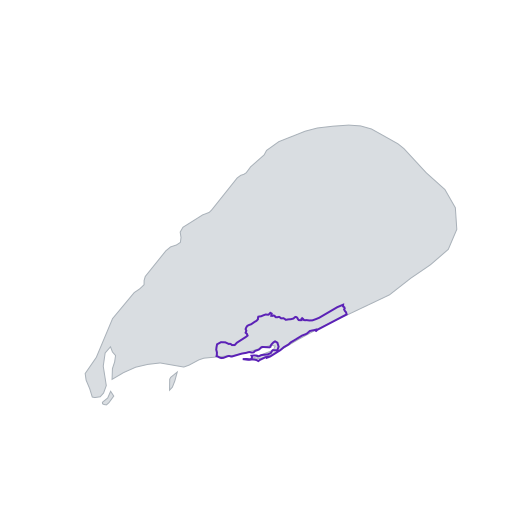 Sri Lanka, with Puttalama highlighted, rotated 249°
{"feature_id": "LKA-2462", "entity_name": "Puttalama", "entity_type": "District", "adm_level": 1, "iso_a3": "LKA", "parent_name": "Sri Lanka", "parent_adm1": "", "projection": "natural_earth1", "projection_center": [79.891, 7.922], "detail": "fine", "context": "in_parent", "style": "outline", "palette": "violet", "viewbox_px": 512, "rotation_deg": 249, "n_neighbors": 0, "source": "natural_earth", "source_scale": "10m", "svg_char_len": 3393}
<svg xmlns="http://www.w3.org/2000/svg" viewBox="0 0 512 512"><g transform="rotate(249 256 256)"><path d="M183.0,52.6L191.7,53.2L201.0,52.9L207.5,54.4L218.6,70.6L249.0,99.7L265.5,129.2L267.0,135.7L269.3,141.2L273.3,142.8L276.6,145.3L293.2,173.8L295.1,179.5L294.8,185.7L295.8,190.3L300.1,192.6L305.5,193.8L309.0,198.1L313.5,220.9L313.5,228.0L314.8,231.0L335.6,266.4L336.8,270.7L336.6,273.9L337.2,276.7L341.2,283.0L347.5,299.9L350.8,303.7L354.6,318.4L354.9,346.6L353.5,359.2L349.6,374.4L345.0,389.4L340.0,400.2L333.2,409.3L309.9,428.7L303.2,432.6L272.8,444.7L250.3,456.2L229.6,459.4L208.9,453.0L193.3,437.9L185.3,415.7L179.8,392.5L171.9,366.7L165.8,287.2L162.8,264.9L158.1,236.6L158.6,224.3L161.9,212.5L161.9,238.4L165.0,241.6L167.3,238.3L169.4,211.5L171.1,200.2L179.3,170.7L179.5,165.5L178.1,154.4L178.2,148.8L190.5,128.2L193.6,116.1L195.3,103.8L194.6,90.5L192.4,77.4L202.3,81.6L207.8,86.1L213.4,89.2L217.9,87.6L223.4,87.6L219.5,80.4L207.9,73.9L188.7,69.8L182.7,64.6L180.4,60.1L181.6,54.8L183.0,52.6ZM173.3,132.9L175.9,140.9L168.4,135.4L163.5,130.9L161.7,127.2L171.9,131.3L173.3,132.9ZM181.8,71.8L176.2,73.0L171.7,66.0L170.6,63.0L171.8,60.9L173.0,59.8L174.5,60.2L176.6,66.7L181.8,71.8Z" fill="#d9dde1" stroke="#a8b0b8" stroke-width="1"/><path d="M169.0,319.7L165.1,286.7L164.5,285.3L164.9,284.9L165.2,284.8L165.8,285.3L166.0,283.5L166.4,281.4L166.5,280.4L166.7,279.4L166.1,277.8L165.5,276.3L165.3,275.4L165.2,274.4L165.2,270.5L163.1,258.7L162.9,257.4L161.8,254.8L160.9,249.3L159.4,245.0L157.1,233.2L157.1,229.8L157.5,230.0L157.7,230.5L158.1,228.6L157.6,222.3L157.1,220.5L158.6,219.3L160.0,217.2L161.0,214.8L161.4,212.8L161.9,211.5L164.5,206.7L163.2,210.4L161.4,213.9L161.8,214.8L161.9,215.0L162.6,215.8L163.5,216.2L164.5,216.1L163.7,219.0L162.7,221.1L162.3,221.5L161.9,221.5L161.6,221.8L161.4,222.9L161.5,225.4L161.4,226.2L159.9,231.8L160.0,232.9L160.1,235.0L161.7,237.1L162.1,237.8L160.3,242.1L163.2,244.6L167.4,244.9L169.5,243.2L169.1,241.3L168.4,239.8L168.2,239.3L167.9,238.8L167.1,237.7L166.1,237.0L165.9,235.9L168.9,229.1L168.8,227.9L168.4,227.0L168.0,226.3L167.7,225.5L167.6,224.2L167.7,222.0L167.7,221.1L167.6,220.9L167.4,220.2L167.1,219.8L166.9,219.4L167.1,218.2L167.5,217.2L168.7,215.4L168.9,214.3L169.1,212.1L170.0,207.7L170.8,197.4L171.4,196.2L172.0,195.6L172.4,194.9L172.6,193.4L172.6,189.0L173.2,186.9L174.4,185.5L175.9,184.3L176.7,183.3L177.7,184.0L180.1,185.0L182.8,185.3L185.1,186.5L187.5,188.0L188.1,192.4L186.4,196.4L183.6,199.1L183.5,199.8L183.0,200.8L181.5,201.6L180.5,204.2L181.9,207.1L184.1,217.7L184.7,219.6L186.6,219.6L188.1,218.8L189.7,220.2L191.5,220.1L192.9,221.4L193.9,222.9L194.1,224.9L194.0,227.0L195.0,231.1L195.3,233.2L196.2,235.1L197.4,235.6L198.5,236.4L198.3,237.6L197.9,239.0L198.0,241.9L197.9,244.2L197.2,245.4L196.7,246.7L197.8,249.0L196.6,250.0L194.7,248.8L194.2,249.8L194.2,251.1L193.5,251.9L192.9,252.1L193.0,251.9L191.8,252.5L191.2,253.9L191.1,255.0L190.7,256.0L188.8,257.1L188.4,258.2L188.1,259.3L187.0,260.2L185.8,260.9L185.5,262.1L185.3,263.3L184.5,265.9L184.2,268.6L184.7,269.8L185.0,270.9L184.4,271.9L183.4,272.4L182.1,272.5L180.9,272.9L180.3,274.1L179.8,275.5L180.9,275.8L181.4,276.8L180.4,277.4L179.0,277.8L178.4,278.9L178.1,280.1L176.7,282.7L175.7,285.6L175.6,289.3L175.7,292.9L179.1,313.6L179.3,319.9L177.7,319.2L176.4,320.1L175.3,320.0L174.6,319.1L172.8,319.3L171.2,319.9L169.0,319.7Z" fill="none" stroke="#5b21b6" stroke-width="2"/></g></svg>